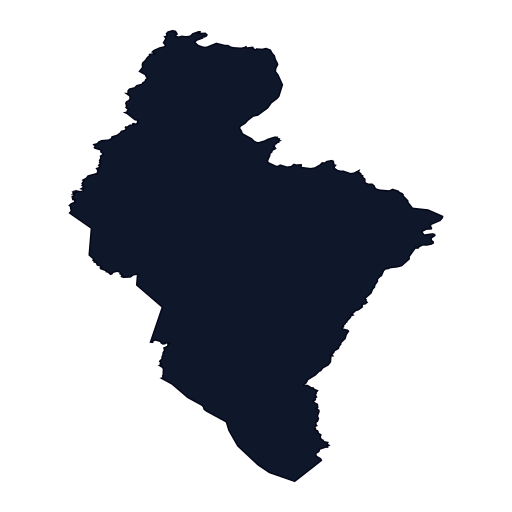 the district of Svalbarðshreppur, Norðurland eystra, Iceland
{"feature_id": "244011B84342259441214", "entity_name": "Svalbarðshreppur", "entity_type": "district", "adm_level": 2, "iso_a3": "ISL", "parent_name": "Iceland", "parent_adm1": "Norðurland eystra", "projection": "natural_earth1", "projection_center": [-15.752, 66.091], "detail": "fine", "context": "isolated", "style": "filled", "palette": "ink", "viewbox_px": 512, "rotation_deg": 0, "n_neighbors": 0, "source": "geoboundaries", "source_scale": "gbopen_adm2", "svg_char_len": 5971}
<svg xmlns="http://www.w3.org/2000/svg" viewBox="0 0 512 512"><path d="M294.7,481.3L321.4,460.4L320.6,458.8L316.2,456.2L315.7,453.4L318.8,451.5L319.6,449.1L325.7,447.1L327.5,447.1L327.2,446.1L329.0,445.4L327.1,444.1L327.8,442.5L324.0,441.8L322.9,440.1L321.5,439.7L320.2,437.4L320.8,434.8L317.9,433.1L318.2,432.2L317.5,430.8L314.6,429.5L315.4,428.6L314.8,427.5L315.2,426.3L316.7,425.7L315.8,424.3L316.1,421.8L317.4,421.3L318.4,418.8L317.4,416.0L319.0,411.6L318.8,410.2L316.1,408.6L317.7,407.6L317.4,404.4L313.3,402.1L313.7,401.4L313.3,400.7L315.1,400.0L315.4,399.3L314.7,398.1L316.5,397.0L315.2,394.7L316.2,393.4L316.0,392.4L317.5,390.7L314.0,389.3L313.3,388.0L309.7,387.6L309.8,386.8L307.5,385.5L303.7,385.4L303.9,384.1L305.8,383.1L307.2,380.9L306.8,380.2L315.4,374.9L318.9,371.3L320.7,370.6L322.7,367.9L328.0,365.0L330.4,362.0L330.8,357.4L330.2,356.1L332.8,355.8L331.5,354.2L333.6,352.7L334.4,350.7L338.3,348.5L339.2,345.9L340.7,344.3L340.8,342.7L345.0,338.6L346.3,334.4L348.5,331.2L347.6,330.3L341.5,328.7L343.6,326.5L342.9,325.5L345.0,323.9L345.5,322.5L346.8,321.9L346.9,321.0L350.4,317.3L350.8,315.8L353.1,315.0L351.8,314.0L355.9,310.4L358.3,309.8L362.4,306.8L361.9,304.4L365.3,303.8L367.1,302.3L365.9,301.2L366.1,299.7L364.7,298.6L371.1,292.9L372.5,289.2L374.5,287.1L374.7,285.2L377.5,281.2L377.2,279.4L379.5,276.8L381.4,275.6L383.6,270.5L385.5,268.9L388.9,268.4L389.4,267.7L397.3,266.8L401.7,265.6L409.2,258.9L409.0,256.7L415.1,248.1L418.2,248.0L418.9,246.8L422.6,244.9L426.8,245.0L431.6,244.0L433.3,242.9L433.1,241.7L431.1,240.3L431.3,238.0L434.8,235.5L434.6,234.5L432.5,233.9L424.0,235.1L421.6,231.6L426.3,229.1L431.2,228.9L431.5,228.3L430.4,226.0L430.9,224.4L440.1,220.4L442.4,217.7L442.6,216.4L428.0,210.0L412.5,208.3L407.9,202.5L407.7,200.7L403.1,196.0L403.1,194.7L401.9,193.5L399.4,192.6L398.3,191.2L392.5,189.4L389.5,191.0L379.9,190.2L376.3,189.2L375.0,188.1L374.1,185.9L372.0,184.2L368.5,184.3L365.0,182.9L364.8,179.1L362.5,177.2L362.7,175.8L360.8,174.9L360.7,173.6L359.5,173.5L359.7,173.0L358.4,172.4L359.0,170.6L354.1,173.2L350.5,173.7L342.9,171.1L341.6,171.4L337.6,170.6L334.4,168.4L334.1,167.0L335.5,165.3L333.4,164.7L333.8,163.1L332.9,161.9L333.3,161.3L331.6,160.6L326.6,161.6L325.1,163.0L322.1,162.9L320.3,164.9L314.8,168.0L310.5,168.7L301.6,167.5L301.0,167.1L301.3,164.9L300.9,164.8L296.3,165.1L293.9,164.4L291.4,166.6L287.0,167.2L280.2,165.1L277.8,166.5L275.9,166.3L268.2,162.7L267.7,162.2L267.7,160.1L269.8,155.4L269.8,153.6L271.8,152.0L272.1,150.3L275.2,148.7L274.3,148.3L275.0,147.6L273.6,146.5L274.4,146.0L275.0,144.0L276.5,143.5L276.9,142.4L278.7,142.2L278.9,140.8L279.8,140.6L279.0,140.2L279.4,139.0L276.7,138.2L277.1,137.3L274.7,137.2L268.0,139.3L264.7,141.0L258.6,142.8L256.4,142.5L253.8,141.1L251.6,138.8L243.2,134.3L241.7,132.8L241.6,131.5L239.3,128.0L240.6,125.9L245.0,123.3L247.8,120.2L253.1,116.1L257.8,115.1L267.7,107.8L271.1,102.9L277.1,98.3L278.8,96.3L282.4,84.8L277.9,74.9L275.3,71.5L275.8,68.1L277.6,64.7L277.3,63.3L275.3,59.5L274.3,55.8L272.1,53.4L270.3,50.1L266.0,48.5L262.2,49.4L256.7,49.0L256.8,49.6L254.6,49.7L252.9,49.0L253.5,48.4L252.6,47.3L246.8,48.1L246.0,46.7L244.6,47.6L241.0,48.3L233.4,47.8L230.1,47.0L228.2,45.6L224.7,45.5L216.4,43.4L206.8,47.3L203.6,47.4L198.1,45.5L194.6,42.3L196.6,40.2L203.2,37.8L201.7,37.6L202.5,36.6L204.6,36.9L206.3,36.0L207.0,34.9L205.3,33.3L197.5,33.6L200.0,32.3L200.1,31.8L198.7,31.7L192.8,33.8L190.3,36.3L186.1,36.8L181.7,36.3L178.5,37.2L175.6,36.1L175.6,35.1L177.1,34.0L175.5,31.4L174.5,31.8L174.6,31.2L172.6,30.7L168.0,32.0L166.5,33.7L167.3,36.0L164.7,36.7L166.0,38.4L163.5,42.8L165.4,44.9L165.1,46.0L164.2,46.9L159.8,47.9L153.8,50.6L152.4,52.0L154.1,52.6L154.8,53.7L149.5,54.5L149.3,56.2L147.6,57.3L145.5,60.4L142.7,63.0L142.3,65.0L142.7,67.3L139.5,71.4L145.4,74.6L146.3,76.8L147.9,78.1L145.9,79.5L144.9,81.7L142.8,82.8L142.3,84.2L136.7,85.7L134.8,87.8L129.5,89.1L128.1,90.8L128.0,93.7L126.5,93.6L129.8,95.9L130.2,98.6L128.9,100.6L126.5,101.9L125.8,103.3L126.6,105.8L126.0,107.6L128.5,109.4L127.2,110.9L127.2,112.1L125.1,112.6L127.0,113.4L135.0,119.7L138.0,120.3L137.4,122.3L138.3,123.1L135.2,124.3L134.1,123.6L132.8,123.8L133.3,125.1L129.8,125.3L127.1,127.3L125.8,126.9L125.4,127.7L126.3,128.5L126.1,129.3L124.6,130.6L121.3,131.4L120.6,132.8L117.2,135.3L112.0,136.9L111.8,137.5L112.6,138.0L108.8,140.1L101.6,140.7L98.8,142.0L97.2,143.8L93.8,144.6L95.4,146.5L94.4,147.6L94.8,148.1L100.7,149.9L101.2,150.3L100.8,151.8L103.7,153.9L100.5,156.2L100.9,158.0L99.6,160.6L100.1,161.6L99.6,162.7L100.3,163.1L100.3,164.2L98.7,165.2L99.9,166.6L98.3,168.1L96.6,168.5L97.8,170.2L97.5,172.7L96.7,173.6L88.0,176.0L86.5,178.2L82.9,180.1L84.1,180.8L82.1,183.3L82.9,184.9L82.1,185.5L84.3,186.9L81.1,188.8L83.3,189.5L83.1,191.1L80.1,191.7L77.8,191.2L77.4,192.4L76.6,191.7L77.1,191.2L76.1,190.8L76.1,191.5L74.6,191.3L74.9,191.8L73.7,191.9L74.4,192.3L73.2,192.7L73.7,193.3L72.9,193.5L73.6,193.6L73.0,194.0L75.3,194.2L73.8,194.6L73.2,196.4L71.6,196.6L73.1,196.8L72.3,197.4L72.8,199.5L75.0,199.3L74.4,200.7L75.4,202.0L71.1,203.9L69.4,205.5L70.6,206.4L70.7,208.7L71.5,210.8L69.6,213.0L91.4,228.2L89.2,255.0L92.8,258.2L93.7,259.6L93.1,260.3L94.2,261.0L94.1,261.9L96.3,262.6L97.3,265.0L100.4,265.9L101.5,267.3L100.3,267.9L100.6,268.6L106.4,270.7L106.2,271.6L108.3,272.2L110.5,274.3L111.8,273.9L113.0,272.3L116.9,271.2L120.0,272.0L120.1,273.9L122.0,274.5L121.4,276.5L123.5,277.3L130.5,276.9L132.9,275.0L137.6,274.0L136.7,285.0L162.4,307.1L150.5,342.1L152.6,342.3L152.7,341.1L155.3,339.9L160.4,341.4L161.3,343.0L163.0,344.0L165.1,343.6L165.3,342.7L169.3,343.5L168.0,344.5L167.6,346.4L163.9,348.0L164.6,350.3L163.1,352.8L163.1,354.5L162.0,357.1L162.3,358.6L159.7,361.3L160.7,362.2L160.3,363.3L161.4,364.3L159.3,365.4L162.6,367.4L163.4,368.8L163.2,375.1L162.6,376.0L163.2,376.9L162.7,377.8L161.4,378.2L172.2,384.1L187.7,397.4L201.9,405.2L203.4,406.7L204.2,409.3L206.5,411.1L225.7,421.5L226.5,422.3L228.9,430.3L237.8,445.9L258.1,464.9L269.6,472.6L294.7,481.3Z" fill="#0f172a" stroke="#020617" stroke-width="1.5"/></svg>